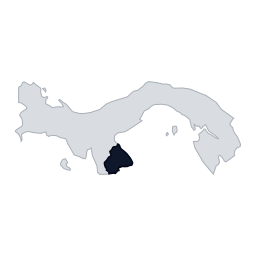 Panama, with Los Santos highlighted
{"feature_id": "PAN-1339", "entity_name": "Los Santos", "entity_type": "Province", "adm_level": 1, "iso_a3": "PAN", "parent_name": "Panama", "parent_adm1": "", "projection": "mercator", "projection_center": [-80.421, 7.617], "detail": "fine", "context": "in_parent", "style": "filled", "palette": "ink", "viewbox_px": 256, "rotation_deg": 0, "n_neighbors": 0, "source": "natural_earth", "source_scale": "10m", "svg_char_len": 4172}
<svg xmlns="http://www.w3.org/2000/svg" viewBox="0 0 256 256"><path d="M233.8,118.3L233.0,118.9L230.9,121.9L229.7,124.6L232.5,127.4L233.3,130.3L234.9,133.5L237.3,136.7L240.0,142.7L240.6,145.1L239.9,146.7L237.3,147.6L234.9,150.4L234.2,153.8L234.7,155.5L227.4,160.9L225.6,161.9L224.3,161.0L222.8,158.3L220.9,156.1L219.9,155.3L219.4,155.3L218.8,155.8L218.5,157.0L219.5,162.1L218.7,164.2L216.2,165.8L213.4,174.1L212.3,173.0L203.0,161.8L195.0,147.9L193.3,141.7L195.4,141.3L197.4,141.4L198.5,140.5L199.7,138.6L198.7,134.4L202.6,131.1L204.1,129.0L205.2,129.2L207.7,132.9L211.4,135.0L216.0,138.1L218.8,138.8L215.3,135.6L209.1,131.3L207.4,128.5L205.7,124.6L203.3,126.3L202.2,127.7L201.0,128.6L199.9,127.6L199.7,126.3L196.1,126.1L195.1,124.9L194.2,124.3L194.6,126.7L195.3,128.2L194.9,130.0L193.7,130.2L192.7,128.3L191.4,126.6L189.7,119.5L185.6,116.2L183.7,115.1L182.1,114.6L179.8,112.4L176.8,111.1L172.7,107.6L167.6,105.1L161.4,104.2L153.9,104.7L151.4,106.1L149.6,107.9L148.8,108.8L144.4,110.8L142.7,113.8L141.6,116.2L139.4,119.1L142.0,120.8L127.5,130.4L124.6,131.8L118.1,132.8L116.6,133.8L114.6,135.7L114.3,138.6L114.6,141.0L116.5,142.9L118.2,144.1L122.2,149.8L129.4,157.0L130.8,159.6L131.9,163.5L129.7,165.4L128.0,166.1L121.2,166.4L118.9,168.0L117.9,170.4L115.4,172.3L106.6,174.2L99.6,174.4L97.5,172.2L97.0,166.0L92.3,155.3L91.2,147.9L90.1,148.9L87.6,149.7L86.8,151.5L86.1,157.0L85.2,158.8L83.3,158.6L79.4,156.7L74.2,154.9L67.6,143.4L66.9,141.2L65.6,138.7L60.4,137.6L56.1,135.6L51.3,135.3L48.9,136.4L46.4,135.0L46.0,131.9L41.0,133.3L34.5,132.8L28.8,131.5L24.9,132.2L21.6,134.4L22.0,140.2L21.1,141.3L20.9,138.9L19.8,136.2L18.4,134.0L15.5,131.7L15.4,130.9L16.5,129.7L21.8,126.3L22.4,124.9L22.5,122.0L22.0,119.2L19.6,115.1L21.0,112.6L23.7,110.5L26.5,108.9L26.9,108.3L26.4,106.9L24.8,105.4L21.0,102.8L18.7,102.6L18.6,95.2L18.7,87.4L19.3,86.6L20.7,86.1L21.8,85.0L22.4,82.6L24.1,81.8L27.1,83.6L30.2,85.2L31.4,84.6L32.4,83.9L33.1,83.1L33.3,82.4L35.7,84.5L40.7,88.2L41.0,90.0L40.5,91.8L41.9,96.8L44.5,97.5L47.1,96.5L47.8,97.5L47.3,98.4L46.0,99.4L45.6,103.7L49.9,105.8L52.0,107.5L59.1,106.7L61.8,107.2L63.5,106.6L61.6,103.2L58.9,100.6L59.1,99.5L61.1,100.3L62.7,102.1L66.2,104.2L72.6,111.7L80.0,113.6L85.8,113.3L91.2,112.3L99.9,109.4L106.2,104.1L111.2,101.8L127.4,96.8L133.2,91.5L135.6,90.8L137.9,90.2L143.0,86.2L145.7,83.1L148.6,81.6L157.2,82.7L162.8,84.1L166.6,84.0L170.3,85.0L171.9,87.2L173.6,88.2L182.7,88.0L190.1,89.1L206.4,95.7L216.1,102.3L221.3,109.3L233.8,118.3ZM70.4,170.0L68.3,170.2L63.9,168.6L60.8,165.3L60.5,164.3L60.6,163.2L62.3,159.9L64.6,158.8L65.5,158.8L67.7,162.6L66.2,164.1L66.8,166.5L70.0,168.2L70.4,170.0ZM174.9,133.3L174.1,135.0L172.3,131.3L172.6,130.4L172.5,127.0L174.2,126.1L175.5,126.1L176.5,126.5L177.2,130.5L176.6,132.2L174.9,133.3ZM46.0,90.1L45.6,91.9L42.6,88.6L44.4,88.1L45.0,88.1L46.0,90.1ZM168.4,134.1L166.7,135.8L166.0,134.2L167.2,132.5L167.7,132.5L168.4,134.1Z" fill="#d9dde1" stroke="#a8b0b8" stroke-width="1"/><path d="M117.8,144.1L118.8,144.5L119.7,145.9L120.2,147.5L120.7,148.6L124.4,151.5L126.8,153.7L130.3,158.2L132.1,161.5L132.6,162.6L132.5,163.4L131.9,164.9L131.6,165.2L131.2,165.3L130.1,165.4L129.8,165.4L127.1,166.5L124.6,166.5L124.2,166.7L123.7,166.5L122.7,166.3L122.3,165.9L122.0,165.9L121.7,166.1L120.5,166.5L121.0,166.7L121.4,166.6L121.7,166.4L122.0,166.2L122.3,166.5L119.5,167.4L118.5,168.1L118.3,169.1L119.0,170.3L118.9,170.6L117.9,170.7L117.7,170.8L117.4,171.0L117.1,171.2L117.0,171.4L116.9,171.8L116.7,172.0L116.3,172.1L115.9,172.3L115.8,172.7L115.8,172.9L115.7,173.2L115.4,173.4L115.1,173.4L114.4,173.2L114.0,173.1L109.3,173.7L109.0,173.8L108.9,172.4L108.6,171.9L108.2,171.4L107.4,170.8L107.1,170.6L106.5,170.4L106.6,169.8L106.5,169.3L106.3,168.4L105.3,167.0L104.7,165.1L104.4,163.5L104.5,162.4L106.6,160.3L108.6,157.2L108.8,157.0L109.3,156.9L109.6,156.8L109.9,156.6L110.4,156.1L110.8,155.4L111.0,154.9L110.9,154.4L110.9,154.1L110.8,153.8L110.3,153.2L110.2,152.9L110.1,152.5L110.1,152.2L110.1,151.6L109.9,151.4L110.0,151.2L110.7,150.7L111.2,150.2L111.7,149.7L112.8,147.5L113.3,147.0L114.6,146.7L115.8,146.7L116.3,146.6L116.7,146.3L117.1,145.7L117.3,145.0L117.6,144.7L117.8,144.1Z" fill="#0f172a" stroke="#020617" stroke-width="1.5"/></svg>